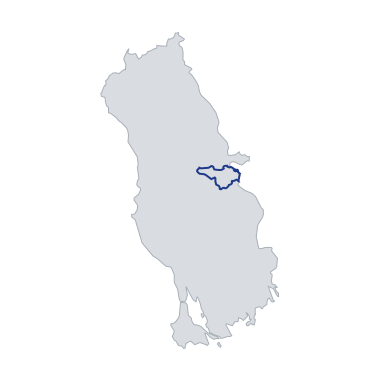 Turkey, with Adana highlighted, rotated 251°
{"feature_id": "TUR-3018", "entity_name": "Adana", "entity_type": "Province", "adm_level": 1, "iso_a3": "TUR", "parent_name": "Turkey", "parent_adm1": "", "projection": "mercator", "projection_center": [35.602, 37.508], "detail": "fine", "context": "in_parent", "style": "outline", "palette": "blue", "viewbox_px": 384, "rotation_deg": 251, "n_neighbors": 0, "source": "natural_earth", "source_scale": "10m", "svg_char_len": 5497}
<svg xmlns="http://www.w3.org/2000/svg" viewBox="0 0 384 384"><g transform="rotate(251 192 192)"><path d="M294.2,138.9L299.3,140.7L300.9,139.4L305.6,139.5L309.7,140.6L312.0,137.5L315.0,137.9L315.5,139.4L316.9,140.0L321.2,143.9L320.7,144.4L321.8,145.8L325.5,146.7L325.9,148.7L328.7,151.6L330.2,156.1L329.3,159.3L327.7,161.2L330.0,168.0L329.3,168.8L333.8,171.0L339.5,170.7L341.3,171.6L346.7,176.9L348.1,179.0L344.3,176.5L342.2,178.6L341.1,183.8L335.1,184.7L336.0,188.1L337.6,189.6L337.1,192.8L337.5,194.0L339.2,196.1L338.9,198.9L339.6,201.9L339.6,205.5L342.1,206.6L341.0,208.2L338.2,215.4L338.4,216.0L340.2,216.1L344.4,219.5L343.6,220.5L344.1,225.1L347.7,228.1L347.1,229.6L347.2,231.1L344.6,230.4L339.3,234.5L338.8,234.4L338.0,233.0L337.9,228.9L336.6,227.9L335.0,227.6L332.1,229.5L329.5,229.4L326.9,229.0L320.0,226.5L317.4,227.4L314.8,226.4L309.6,231.4L308.0,231.8L307.2,229.3L305.5,228.0L303.1,229.8L294.2,232.2L290.2,232.6L285.2,231.8L281.0,232.0L269.8,237.6L259.1,240.5L249.4,240.3L244.2,236.9L240.1,236.0L227.8,241.3L221.7,241.1L219.7,239.0L215.1,238.1L214.1,240.1L213.1,245.1L214.7,249.6L212.1,249.9L210.5,250.9L210.0,254.2L207.6,255.6L206.8,257.7L206.4,257.7L202.6,256.0L203.6,254.4L201.3,248.1L202.4,246.1L207.4,241.0L207.3,238.0L205.1,235.9L198.8,239.7L198.2,241.1L196.8,242.2L194.4,242.7L183.2,237.8L176.6,242.1L171.0,248.4L166.8,250.6L154.3,252.4L152.1,253.6L147.8,252.3L145.3,250.6L139.5,243.5L128.6,238.1L117.0,236.8L116.0,238.2L115.6,243.7L113.8,248.9L112.8,249.4L110.3,248.1L101.5,251.2L93.9,247.8L92.6,246.3L90.9,240.3L89.7,239.8L88.5,240.7L87.2,240.7L81.8,238.0L78.9,237.9L77.1,240.4L74.2,241.5L74.2,240.8L75.3,239.1L70.7,239.4L68.3,240.7L65.0,239.9L65.2,239.2L67.9,238.4L74.0,237.5L77.9,233.4L63.3,233.6L61.9,234.5L61.7,232.4L62.5,231.5L66.4,230.7L66.1,228.9L63.8,227.1L61.2,226.1L60.0,221.7L58.7,220.6L58.9,219.9L61.3,219.2L61.8,215.9L61.4,213.9L56.7,212.2L55.7,212.4L54.5,210.6L52.5,209.4L50.8,210.4L46.1,207.7L46.9,205.8L48.1,205.9L48.3,204.4L47.4,201.8L47.5,200.5L48.5,200.2L49.7,200.4L50.9,201.9L51.0,204.8L52.3,206.5L53.2,204.8L55.4,205.8L59.2,204.9L60.0,204.1L57.1,204.2L56.1,203.5L53.8,198.7L56.1,197.4L57.9,195.0L54.6,193.5L55.2,190.2L52.4,186.5L56.2,181.8L56.0,181.1L54.8,180.8L43.2,182.8L43.0,180.7L43.8,178.8L43.8,174.2L44.3,171.7L46.4,171.0L49.1,167.3L53.4,163.0L57.8,163.1L59.6,161.9L62.3,161.8L63.1,163.5L65.4,164.7L69.5,164.5L71.5,163.4L69.6,161.3L71.9,160.6L73.8,161.1L72.8,163.4L73.3,163.6L78.6,162.9L84.2,163.5L90.3,163.2L91.1,162.5L86.8,160.1L89.5,158.1L91.1,157.7L104.0,155.7L104.1,155.3L96.2,154.2L92.1,151.4L91.0,149.9L91.8,146.3L92.6,145.3L95.5,145.2L105.2,146.8L112.2,145.8L119.7,148.3L127.0,147.8L128.5,146.7L130.3,143.2L140.5,137.3L144.1,134.3L160.1,128.2L184.0,129.3L188.1,126.9L190.6,127.7L189.9,129.3L190.0,130.7L192.9,134.3L197.1,136.3L203.0,134.6L205.2,135.3L207.3,140.9L210.9,144.2L212.6,144.4L214.9,142.5L217.0,142.2L220.5,144.1L221.7,146.1L233.1,148.4L235.5,150.1L243.2,151.7L260.2,147.8L266.4,150.5L271.6,151.3L273.9,150.9L280.8,147.8L282.9,146.0L287.2,144.4L292.6,140.9L294.2,138.9ZM74.2,129.0L73.7,131.5L74.7,134.3L77.2,138.1L79.6,140.0L91.2,145.1L89.5,149.9L86.7,150.7L76.7,148.4L72.7,150.3L69.8,149.8L65.8,150.7L64.6,153.6L61.8,156.8L53.9,160.9L46.7,168.9L44.6,169.9L45.6,167.2L45.5,164.8L48.6,162.0L53.1,159.9L54.2,158.1L43.0,158.5L42.0,156.0L43.1,155.5L46.7,151.1L47.1,149.3L46.7,144.9L51.1,142.4L51.5,141.4L50.8,137.1L46.6,134.5L46.7,133.3L49.7,132.1L51.4,129.1L55.8,128.5L57.8,127.0L61.6,126.3L66.3,130.1L72.0,128.6L74.2,129.0ZM40.8,168.6L37.1,169.3L35.9,168.6L37.1,167.4L40.0,166.5L41.0,167.7L40.8,168.6Z" fill="#d9dde1" stroke="#a8b0b8" stroke-width="1"/><path d="M203.2,236.6L202.6,237.4L202.4,237.6L202.1,237.7L202.0,237.8L201.4,238.4L201.2,238.6L200.5,238.8L199.2,238.8L198.6,239.1L198.4,239.2L198.2,239.6L198.1,239.4L197.9,239.3L197.8,239.6L197.5,239.9L197.4,240.1L197.5,240.5L197.7,240.1L198.1,240.2L198.1,239.9L198.3,240.0L198.5,239.9L198.5,239.7L198.4,239.6L198.6,239.5L198.8,239.8L199.1,239.8L199.2,239.7L199.4,239.7L199.6,239.7L198.6,240.2L198.2,240.5L197.9,241.0L198.0,241.2L198.9,240.2L199.1,240.1L199.4,240.0L198.8,240.7L198.7,240.8L198.5,241.2L198.4,241.4L198.4,241.6L198.4,241.8L198.3,242.0L198.2,242.1L197.8,242.4L197.6,242.4L197.1,242.4L196.9,242.4L196.4,241.9L196.2,241.8L195.9,242.0L196.0,242.2L196.1,242.3L196.7,242.5L196.0,242.3L195.3,242.3L195.2,242.3L194.8,242.5L194.7,242.6L194.6,242.8L194.1,243.0L193.7,243.3L193.3,242.9L193.1,242.8L192.8,242.7L188.7,240.3L188.3,240.1L187.7,239.7L187.4,239.6L187.2,239.6L187.8,239.0L188.5,238.8L189.1,238.2L189.2,237.7L189.1,237.1L188.9,235.9L188.9,234.8L189.4,233.5L188.7,232.9L187.7,232.9L187.0,232.3L186.6,231.2L186.6,229.1L185.8,228.5L185.2,227.3L184.6,226.1L184.6,225.1L184.7,224.7L185.1,224.0L185.4,223.8L185.6,223.6L185.8,222.7L185.7,222.2L185.3,221.1L185.2,220.1L185.8,219.3L186.6,219.4L187.4,219.7L189.0,219.4L191.1,217.3L194.0,217.5L195.4,217.9L197.4,218.6L198.3,218.2L197.9,214.5L204.0,210.3L204.9,209.1L205.6,207.7L206.0,207.0L206.7,205.3L207.4,204.7L208.7,204.0L210.0,203.6L210.9,204.0L211.5,205.0L211.9,206.1L212.6,206.8L211.7,207.7L211.2,209.0L210.3,212.6L209.9,214.0L209.6,215.3L209.6,215.9L209.7,216.9L210.2,218.2L210.2,219.0L209.7,219.6L209.3,219.7L208.9,220.3L207.6,220.3L206.1,220.4L205.4,221.7L204.4,223.8L203.4,226.5L203.4,228.1L203.8,229.6L204.2,229.5L205.3,229.7L205.7,230.1L205.9,230.4L206.0,231.5L205.8,232.6L205.3,233.8L205.0,233.7L204.6,233.6L204.3,233.8L203.0,235.4L203.0,236.2L203.2,236.6Z" fill="none" stroke="#1e3a8a" stroke-width="2"/></g></svg>